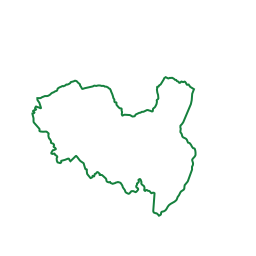 Mashonaland West, orthographic projection, rotated 135°
{"feature_id": "ZWE-533", "entity_name": "Mashonaland West", "entity_type": "Province", "adm_level": 1, "iso_a3": "ZWE", "parent_name": "Zimbabwe", "parent_adm1": "", "projection": "orthographic", "projection_center": [29.817, -17.238], "detail": "fine", "context": "isolated", "style": "outline", "palette": "green", "viewbox_px": 256, "rotation_deg": 135, "n_neighbors": 0, "source": "natural_earth", "source_scale": "10m", "svg_char_len": 5898}
<svg xmlns="http://www.w3.org/2000/svg" viewBox="0 0 256 256"><g transform="rotate(135 128 128)"><path d="M144.9,42.8L147.2,43.0L151.5,44.2L153.7,44.5L155.7,44.2L157.7,43.6L159.7,43.3L161.7,43.8L163.0,44.7L163.6,44.9L164.4,44.7L165.6,43.8L166.0,43.6L167.3,43.8L168.1,44.1L168.0,44.7L168.0,46.8L168.2,47.6L168.8,48.3L169.5,50.0L169.3,50.7L168.9,51.4L155.7,62.8L155.4,63.1L155.5,63.9L155.8,64.3L156.4,64.8L157.4,65.2L157.6,65.5L157.6,66.0L157.4,67.8L157.6,68.6L158.3,69.5L158.4,70.5L158.7,71.0L159.1,71.3L160.2,71.3L160.4,71.5L160.5,71.8L160.5,72.3L160.3,72.8L159.0,73.7L158.7,73.9L158.1,74.9L157.8,75.8L158.1,77.8L158.0,79.0L157.7,79.5L157.1,79.9L156.5,80.6L155.6,82.6L155.6,83.2L155.7,83.5L156.2,83.7L156.7,83.9L157.3,83.9L157.6,83.5L158.0,82.7L158.3,82.4L158.8,82.2L159.4,82.1L160.8,82.4L161.0,82.3L161.5,81.7L161.9,81.5L163.3,81.1L163.8,80.5L164.0,80.0L163.7,78.3L163.9,77.8L164.2,77.4L164.8,77.2L166.6,77.0L167.6,77.1L167.9,77.2L168.1,77.5L168.9,79.6L170.0,80.7L170.4,80.9L173.3,80.7L174.0,81.0L174.4,81.7L175.0,83.5L175.0,84.6L174.1,86.5L173.9,88.0L173.6,89.7L172.9,90.9L172.5,92.1L172.1,94.3L172.2,94.8L172.3,95.1L173.3,96.9L174.3,97.4L175.0,97.9L176.1,98.2L178.3,99.4L179.1,101.3L179.2,101.7L178.9,102.5L180.1,103.3L180.6,104.3L180.8,105.2L180.7,105.5L180.5,106.0L179.6,107.2L179.4,108.2L179.6,112.8L179.7,113.2L180.0,113.6L180.8,114.3L181.2,114.8L181.2,115.0L180.4,115.5L180.5,117.1L180.6,118.2L181.0,118.6L181.6,118.6L183.1,118.5L183.8,118.9L184.1,118.9L185.6,118.0L186.1,117.8L186.4,118.0L186.6,118.9L186.8,119.1L187.0,119.1L187.9,118.5L188.5,118.5L189.6,118.9L189.9,119.1L189.9,119.4L189.4,124.1L189.2,124.6L188.4,125.7L187.8,126.5L186.6,127.6L186.5,127.8L186.5,128.1L187.1,128.7L187.1,129.3L185.2,132.9L184.5,134.0L184.3,134.6L184.9,137.6L185.0,138.5L185.0,139.2L184.4,143.5L184.4,144.8L184.8,145.1L192.2,145.2L192.2,145.4L192.1,146.3L191.6,147.7L191.6,148.2L191.8,148.5L192.2,148.8L195.0,150.0L198.3,151.9L198.6,151.9L199.5,151.0L199.8,150.9L200.8,151.2L202.1,153.5L201.5,155.1L200.1,156.8L199.5,157.2L198.5,157.5L198.3,157.8L198.2,158.1L198.1,159.1L198.5,160.0L198.5,160.6L198.2,161.3L198.1,161.8L198.2,162.1L199.6,162.9L199.8,163.2L200.0,163.6L200.2,164.1L200.1,164.3L199.9,164.6L198.3,165.1L196.9,165.4L196.0,164.8L194.2,164.1L193.9,164.2L193.7,164.5L193.6,165.2L193.6,165.7L193.9,166.8L193.9,167.1L193.8,167.4L193.5,167.6L192.4,168.1L192.1,168.7L192.0,169.3L192.1,170.0L192.9,171.8L192.8,172.1L192.7,172.3L191.8,173.1L191.6,173.6L191.1,175.2L191.0,175.5L191.2,176.1L191.1,176.5L190.8,177.2L190.0,178.5L189.5,179.1L189.1,179.5L188.4,179.8L188.0,180.3L188.1,182.5L188.2,183.0L188.7,183.6L190.8,185.5L192.1,187.1L192.4,187.5L192.7,188.3L192.4,188.9L191.6,189.5L191.3,189.9L191.2,190.4L190.7,198.1L190.6,198.7L190.4,199.1L190.0,199.6L187.9,201.7L185.6,205.6L185.4,205.8L185.0,205.4L184.9,205.3L183.8,205.0L183.3,205.1L183.2,205.7L183.4,206.7L183.2,207.1L182.3,207.1L181.4,206.5L180.0,206.1L179.8,206.2L179.8,206.4L180.0,207.4L179.8,207.6L179.4,207.9L178.4,208.2L177.8,208.2L177.0,206.3L176.6,205.8L176.0,204.0L175.6,203.7L175.4,203.7L175.0,204.3L172.8,208.6L172.3,211.5L171.9,212.3L171.0,213.2L168.9,211.1L167.8,210.7L166.7,210.5L165.6,209.9L164.4,209.5L162.6,207.8L162.0,207.4L161.3,207.1L159.6,206.7L158.0,206.7L156.7,206.5L155.3,205.8L154.0,205.6L152.3,204.8L151.9,204.7L150.8,205.0L149.9,205.6L149.7,205.6L147.8,205.2L145.9,204.4L144.8,204.1L144.6,203.9L144.2,203.2L143.8,203.0L143.3,202.9L142.2,202.4L141.1,202.4L140.8,202.3L140.1,201.5L139.4,201.2L138.6,200.9L137.1,200.6L136.1,200.9L135.6,200.7L133.6,199.5L132.2,199.0L131.9,198.7L131.5,198.1L131.2,197.3L131.2,196.7L131.3,195.7L131.1,192.9L131.4,192.5L131.9,191.8L132.0,190.7L132.6,188.7L132.7,188.1L132.5,187.8L132.2,187.6L130.4,186.7L123.5,182.3L122.2,181.9L121.8,181.7L120.7,180.2L118.9,179.1L117.6,177.7L116.9,176.4L115.6,175.2L115.3,174.7L115.2,173.8L114.3,172.8L113.9,172.2L113.8,171.6L113.5,170.9L113.5,169.7L113.1,168.4L113.2,168.0L113.4,167.6L113.5,166.8L114.0,166.1L115.3,162.8L115.8,161.9L116.2,161.0L117.1,159.7L117.5,157.8L118.8,156.5L119.1,155.7L119.0,155.4L118.3,154.6L118.3,154.0L119.3,153.1L119.7,152.5L119.8,151.9L119.9,150.6L120.0,149.3L119.9,147.8L119.1,146.9L118.9,146.3L119.0,146.0L119.3,145.6L120.1,145.0L120.8,143.7L121.1,143.3L122.4,142.4L122.7,142.1L123.2,141.0L123.1,140.7L122.7,140.5L121.8,140.2L121.0,139.8L117.6,135.9L117.3,135.2L116.9,133.5L116.6,132.8L116.2,132.5L115.1,131.7L114.4,131.7L113.4,132.0L112.8,132.0L109.4,130.8L108.3,130.0L106.9,129.7L105.5,128.5L102.0,127.3L101.6,127.0L101.0,126.2L100.7,125.4L100.0,124.3L99.6,123.1L99.0,122.5L98.8,122.4L98.5,122.5L96.8,123.8L96.0,123.9L94.7,123.7L93.7,123.8L91.0,124.7L89.1,126.0L88.8,126.3L88.4,127.0L88.0,127.3L87.5,127.4L86.5,127.2L86.1,127.3L85.7,127.4L85.3,127.8L83.3,130.2L82.3,132.2L80.4,134.7L79.2,135.5L78.6,136.3L78.4,136.4L78.1,136.4L77.2,135.7L76.9,135.7L76.4,136.0L76.0,136.1L74.1,135.7L73.3,135.9L68.3,137.1L67.7,137.4L67.0,137.6L65.4,137.3L64.7,135.0L64.5,134.7L64.2,134.3L63.4,134.1L62.8,133.7L62.4,133.1L61.4,132.4L61.2,132.1L60.7,130.2L60.7,128.9L60.0,127.9L60.0,127.6L60.2,127.0L60.2,126.5L59.8,125.6L59.6,125.0L59.8,123.7L59.4,123.3L58.9,123.1L57.8,123.2L57.4,123.1L57.2,122.8L56.6,121.5L56.3,121.3L55.6,121.0L55.2,120.8L55.0,120.3L55.1,119.2L55.7,117.3L55.7,116.9L55.4,116.5L54.6,116.1L54.4,115.9L54.9,113.1L53.9,108.8L58.4,106.8L63.3,102.6L66.7,100.4L84.9,93.0L87.3,92.6L88.7,92.6L89.4,92.5L90.8,91.1L91.2,90.2L93.2,88.7L93.9,87.9L94.2,86.0L95.6,83.5L95.6,82.3L94.8,80.1L94.6,79.2L94.7,78.1L95.9,75.3L95.1,73.8L95.3,71.7L96.0,69.5L96.2,67.7L95.6,66.8L95.5,66.3L95.7,65.7L96.5,64.3L97.6,62.9L99.3,61.2L100.3,60.8L101.3,60.6L103.6,60.5L104.8,60.3L105.5,59.7L106.6,57.6L107.0,57.0L107.8,56.3L108.8,55.7L109.8,55.5L110.3,55.2L112.1,53.3L123.2,48.1L124.0,47.9L128.3,47.5L129.2,46.9L131.1,45.3L132.3,45.0L135.4,45.6L136.6,45.4L139.5,44.4L141.7,44.1L143.8,43.1L144.9,42.8Z" fill="none" stroke="#15803d" stroke-width="2"/></g></svg>